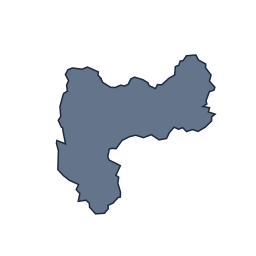 the district of Morgan, Utah, United States of America, rotated 20°
{"feature_id": "52423323B27267193198482", "entity_name": "Morgan", "entity_type": "district", "adm_level": 2, "iso_a3": "USA", "parent_name": "United States of America", "parent_adm1": "Utah", "projection": "equal_earth", "projection_center": [-111.563, 41.077], "detail": "fine", "context": "isolated", "style": "filled", "palette": "slate", "viewbox_px": 256, "rotation_deg": 20, "n_neighbors": 0, "source": "geoboundaries", "source_scale": "gbopen_adm2", "svg_char_len": 1454}
<svg xmlns="http://www.w3.org/2000/svg" viewBox="0 0 256 256"><g transform="rotate(20 128 128)"><path d="M195.0,107.2L200.3,100.8L204.2,92.7L202.8,89.1L205.1,85.2L198.0,85.4L197.7,81.0L191.1,82.2L193.9,78.5L192.0,75.7L192.0,66.0L195.8,63.1L195.7,60.0L188.5,56.1L187.9,49.8L180.3,44.9L179.1,41.3L170.9,40.0L166.8,36.2L158.2,40.1L156.8,45.8L154.1,47.3L154.3,51.7L151.5,54.1L153.7,62.2L149.5,67.2L144.9,75.9L140.9,77.1L140.3,81.6L133.4,81.0L131.3,78.7L125.5,77.5L116.8,78.0L113.9,80.9L113.2,86.9L110.3,89.8L106.5,90.2L102.2,94.3L97.7,95.7L88.3,93.7L88.1,93.3L87.8,93.1L87.4,92.5L86.6,91.9L86.3,91.9L85.9,90.7L85.4,90.8L84.8,90.6L84.7,90.2L83.7,89.5L83.1,89.4L82.5,89.0L81.8,88.8L80.9,85.4L69.0,84.6L64.8,88.4L55.2,90.6L51.7,93.7L50.9,99.2L56.0,103.9L55.6,108.7L58.4,114.0L55.8,117.5L55.7,119.1L56.7,131.1L60.9,140.2L59.8,144.6L65.0,149.9L66.4,150.1L68.5,154.0L74.7,164.3L65.4,164.1L66.0,166.9L70.4,173.2L76.3,191.1L83.3,194.7L90.8,197.2L100.9,198.0L100.4,203.6L105.2,206.1L106.3,213.9L113.4,210.2L117.4,212.0L118.9,215.5L126.8,219.8L135.0,216.2L137.1,210.4L135.6,207.6L139.6,203.7L142.4,196.8L144.4,195.5L142.9,190.9L137.3,183.3L136.1,177.4L132.8,176.7L133.7,166.0L121.3,164.6L118.9,162.2L117.6,154.3L119.4,152.8L123.9,151.5L126.6,141.8L132.6,135.4L137.8,132.1L145.8,131.8L152.2,126.3L161.2,128.5L167.8,124.7L168.4,118.4L171.0,111.5L176.0,111.9L179.1,109.0L184.3,111.3L189.2,107.4L195.0,107.2Z" fill="#64748b" stroke="#1e293b" stroke-width="1.5"/></g></svg>